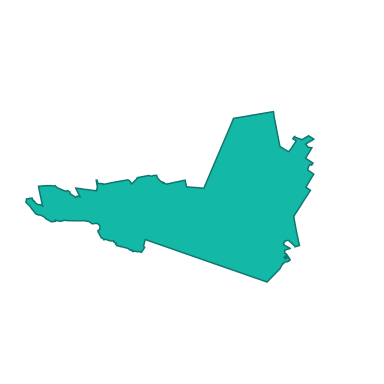 outline of Babītes pag., Babites, Latvia, rotated 222°
{"feature_id": "27541924B20304817585286", "entity_name": "Babītes pag.", "entity_type": "district", "adm_level": 2, "iso_a3": "LVA", "parent_name": "Latvia", "parent_adm1": "Babites", "projection": "albers", "projection_center": [23.861, 56.895], "detail": "fine", "context": "isolated", "style": "filled", "palette": "teal", "viewbox_px": 384, "rotation_deg": 222, "n_neighbors": 0, "source": "geoboundaries", "source_scale": "gbopen_adm2", "svg_char_len": 5455}
<svg xmlns="http://www.w3.org/2000/svg" viewBox="0 0 384 384"><g transform="rotate(222 192 192)"><path d="M76.4,224.2L80.4,227.0L83.7,229.5L83.9,229.6L84.3,229.8L86.2,231.3L87.9,232.5L88.4,232.9L91.7,235.4L95.7,238.5L97.9,240.1L98.1,240.5L100.2,242.0L100.1,242.4L100.4,243.7L101.4,250.1L102.7,257.7L102.8,257.9L102.9,258.7L103.4,261.6L103.7,263.5L103.8,264.5L104.2,266.9L104.6,269.0L105.1,272.5L110.6,271.8L110.7,272.4L110.8,273.2L111.0,274.0L111.4,276.1L112.1,279.3L113.2,285.2L113.2,285.5L113.4,286.7L113.7,286.7L117.6,286.2L118.7,286.1L119.8,285.9L120.1,285.9L121.2,286.2L121.9,288.1L122.7,289.8L122.5,291.7L121.1,291.9L121.4,294.5L122.3,294.3L130.2,293.1L132.5,305.1L133.9,304.2L135.7,302.9L135.9,303.1L139.6,303.6L138.4,307.7L137.8,309.4L137.4,310.5L137.0,312.1L136.9,312.8L143.0,311.8L145.2,304.7L145.3,304.5L145.8,304.3L146.6,304.0L148.6,303.1L149.8,302.6L151.8,301.8L152.7,301.8L152.8,301.9L152.9,301.6L153.0,300.9L152.9,300.1L152.7,299.1L152.2,299.1L148.8,299.7L148.7,299.6L148.0,294.7L147.9,294.2L147.3,290.4L147.2,286.7L148.9,286.2L152.4,285.5L154.3,285.2L156.9,284.7L157.1,284.7L157.2,284.8L161.6,288.0L164.7,290.4L167.6,292.5L169.6,294.1L170.3,294.6L171.2,295.2L172.2,296.0L172.7,296.4L172.8,296.4L172.8,296.5L173.7,297.2L173.8,297.2L174.4,297.7L175.8,298.7L177.0,299.6L177.2,299.8L179.1,301.2L179.9,301.8L180.8,302.5L183.2,304.3L183.4,304.8L183.5,304.9L183.7,305.1L185.3,306.2L210.4,274.5L208.1,268.2L196.9,235.3L186.7,205.6L185.7,202.8L199.5,192.2L205.1,196.2L207.6,192.7L208.6,191.4L208.4,191.5L211.7,187.1L214.8,182.7L215.8,181.5L216.4,180.6L218.3,180.0L218.5,180.3L218.8,180.3L219.3,180.2L219.5,179.9L219.5,179.4L219.5,179.2L220.0,179.1L220.6,179.4L220.7,179.5L220.8,179.4L221.7,179.2L221.8,179.2L222.4,179.1L222.5,179.1L223.2,179.0L223.5,179.0L224.4,179.1L226.5,179.3L227.1,179.3L227.3,179.4L228.5,180.2L229.4,180.7L231.6,178.6L232.5,176.8L235.3,175.2L241.9,166.5L242.2,166.2L242.0,164.7L241.9,163.8L241.9,163.2L242.0,162.1L242.0,160.9L242.1,158.9L242.2,158.6L242.2,158.4L242.3,158.2L242.4,157.8L242.5,157.6L242.7,157.3L242.8,157.3L243.1,157.6L243.4,157.8L243.6,158.0L243.8,158.1L244.0,158.2L244.3,158.3L244.9,158.4L246.6,158.5L246.6,158.2L247.9,157.9L250.2,155.1L252.9,151.7L258.9,143.9L259.7,142.6L263.0,138.3L263.4,138.6L263.9,138.4L265.8,137.0L266.2,136.5L267.1,135.5L269.8,136.6L270.1,136.9L270.5,137.3L271.1,136.7L265.9,132.6L264.4,130.2L263.9,129.4L263.7,129.0L264.6,128.4L264.7,128.5L265.0,128.2L265.3,127.9L267.3,126.5L268.0,126.0L269.4,125.0L270.8,124.2L272.9,122.6L273.8,121.8L274.9,121.3L276.3,120.4L279.0,118.5L281.0,117.1L278.5,116.1L277.2,115.5L272.0,113.6L272.5,113.3L274.1,112.3L274.4,112.2L274.8,111.8L274.5,110.2L276.6,109.9L281.7,109.1L282.3,109.9L282.6,110.2L284.9,110.0L285.9,109.4L285.7,108.2L294.0,105.3L295.1,105.0L298.0,105.1L298.0,104.8L298.7,104.1L300.4,102.7L300.9,102.5L301.8,101.7L303.1,100.5L303.7,100.0L306.3,97.4L307.6,95.9L309.9,93.6L307.6,91.8L302.7,88.2L298.9,85.4L296.4,83.6L294.0,81.8L293.7,81.6L294.0,81.5L294.2,81.4L294.8,81.4L295.3,81.3L295.9,81.2L296.1,81.1L296.4,80.9L296.6,80.8L297.5,80.0L297.8,79.8L298.1,79.6L298.5,79.5L298.9,79.4L299.4,79.4L299.6,79.3L300.2,79.2L303.5,79.7L304.1,79.1L305.0,79.8L305.8,79.8L306.8,80.5L307.7,79.0L308.0,79.2L308.6,78.6L309.1,77.2L309.4,77.0L310.4,76.2L309.6,75.0L309.0,74.1L308.9,73.9L308.6,73.3L308.5,73.2L305.7,73.1L303.2,73.1L300.7,72.4L297.6,71.9L293.5,71.2L290.6,72.2L289.3,73.5L284.6,74.7L282.8,74.3L281.4,74.7L280.6,74.8L278.7,75.4L278.1,75.3L277.4,75.5L277.2,75.5L276.1,76.2L275.3,77.1L273.8,79.0L274.7,79.7L273.6,80.3L272.4,80.9L271.2,81.5L270.5,81.9L270.1,82.4L269.9,82.6L268.3,84.9L267.9,85.6L265.5,87.3L265.2,87.6L264.0,88.6L262.2,90.2L260.0,92.1L259.8,92.2L254.9,96.6L253.0,98.5L250.7,99.9L248.8,101.1L248.4,101.2L245.2,101.5L244.8,101.7L244.4,102.1L244.1,102.4L243.5,103.1L242.3,104.6L240.7,105.4L239.3,105.3L239.0,105.4L237.3,104.9L235.5,102.3L236.1,100.2L235.1,99.6L229.8,97.6L228.7,97.2L227.9,97.6L227.6,97.6L226.3,97.8L225.5,97.5L224.7,98.8L224.5,99.0L222.7,99.8L220.8,100.6L219.6,101.2L218.2,102.6L217.9,103.3L216.3,102.5L216.2,102.5L214.5,103.3L214.2,102.8L213.9,102.1L212.8,102.3L212.1,101.8L210.8,102.6L210.7,102.5L210.3,102.8L209.4,103.4L209.2,103.5L208.7,103.4L208.4,103.6L208.4,104.1L207.2,104.5L206.3,105.0L205.5,105.3L204.6,105.8L204.3,106.0L204.0,106.2L202.7,106.8L201.2,107.4L199.7,107.2L198.5,107.8L198.6,108.0L197.8,108.9L197.3,108.7L196.9,108.5L196.6,108.0L195.8,108.3L195.8,108.8L195.2,109.4L194.0,110.3L192.9,110.9L192.4,111.2L191.9,112.2L191.7,112.3L190.9,112.6L190.2,112.9L189.6,113.1L189.2,113.4L190.0,118.6L190.0,119.0L190.5,119.2L191.1,119.2L191.4,119.3L191.8,119.5L192.1,119.8L192.3,120.3L192.6,120.7L192.7,121.0L194.6,124.6L194.9,125.4L76.0,175.3L75.3,193.5L75.3,193.8L75.7,195.6L75.8,195.7L76.1,196.9L76.5,198.9L76.7,199.2L76.3,199.3L76.2,199.4L76.0,202.3L75.9,202.5L74.6,203.9L73.9,205.1L73.6,206.4L73.7,207.3L75.1,207.7L75.3,207.3L75.7,207.4L75.6,207.9L78.6,208.6L78.7,207.6L77.2,207.3L77.6,206.0L78.8,206.3L78.7,205.4L78.4,205.3L78.3,204.7L79.7,205.0L79.8,205.9L79.6,206.5L79.4,207.8L79.1,208.4L79.2,208.8L80.6,209.1L81.6,208.4L82.7,209.3L84.1,210.8L83.3,212.3L81.8,214.8L81.3,215.7L81.5,215.8L83.8,215.2L84.6,215.0L84.6,214.9L85.4,214.8L86.2,214.7L86.9,214.4L87.9,214.4L88.6,214.3L89.4,214.6L89.8,217.4L90.0,217.4L90.0,218.1L88.1,220.6L86.5,220.7L82.3,220.6L81.4,220.6L79.1,220.6L78.8,220.2L78.7,220.3L78.0,221.4L77.3,222.4L77.3,222.5L76.4,224.2Z" fill="#14b8a6" stroke="#0f766e" stroke-width="1.5"/></g></svg>